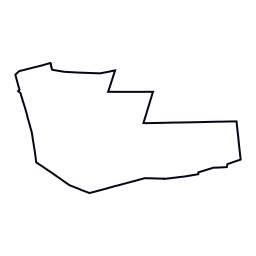 the district of Mihailesti, Buzau, Romania
{"feature_id": "2599482B24828707257018", "entity_name": "Mihailesti", "entity_type": "district", "adm_level": 2, "iso_a3": "ROU", "parent_name": "Romania", "parent_adm1": "Buzau", "projection": "natural_earth1", "projection_center": [26.667, 44.925], "detail": "fine", "context": "isolated", "style": "outline", "palette": "ink", "viewbox_px": 256, "rotation_deg": 0, "n_neighbors": 0, "source": "geoboundaries", "source_scale": "gbopen_adm2", "svg_char_len": 2553}
<svg xmlns="http://www.w3.org/2000/svg" viewBox="0 0 256 256"><path d="M164.0,178.9L165.0,178.8L165.3,178.8L166.7,178.6L168.6,178.4L171.9,178.0L177.0,177.4L182.8,176.7L185.4,176.4L190.0,175.6L194.1,174.9L194.7,174.8L198.3,174.2L198.3,172.4L213.4,167.7L217.6,167.6L226.8,167.1L227.5,164.1L230.1,163.2L232.3,162.4L236.1,161.1L240.6,159.6L240.6,159.4L239.8,152.0L239.2,146.6L238.6,140.7L238.1,135.7L237.3,128.6L236.9,125.0L236.6,121.9L236.5,121.4L228.4,121.5L220.4,121.7L216.6,121.7L201.0,122.1L186.7,122.4L171.4,122.6L171.0,122.7L168.2,122.7L155.3,123.0L155.0,122.9L153.9,123.0L150.8,123.1L147.8,123.1L145.2,123.1L143.5,123.0L145.6,116.0L146.2,114.3L146.9,111.7L147.3,110.4L147.8,108.7L148.5,106.6L150.1,101.2L151.3,97.4L151.5,96.6L152.1,94.7L152.4,93.6L152.8,92.3L153.0,91.8L152.0,91.8L131.8,91.9L127.6,91.9L123.5,91.9L121.8,91.9L108.1,91.8L109.0,89.2L111.5,81.5L115.1,70.4L111.4,71.1L109.4,71.6L103.1,72.8L101.9,73.0L99.7,73.4L98.4,73.3L84.4,72.8L74.5,72.4L73.7,72.3L71.2,72.2L66.0,71.9L64.5,71.8L63.1,71.6L52.2,69.8L52.1,69.3L51.8,68.6L51.7,68.2L51.4,67.7L51.5,67.2L51.5,66.5L51.1,66.1L51.0,65.7L50.9,65.5L50.8,64.8L51.0,64.4L51.0,64.0L50.8,63.5L50.3,63.0L49.9,63.1L49.6,63.2L49.3,63.3L48.9,63.4L48.6,63.5L44.8,64.6L43.6,64.9L43.2,65.1L42.7,65.2L42.5,65.3L41.7,65.5L40.7,65.7L39.3,66.1L38.8,66.2L37.6,66.5L36.5,66.8L36.2,66.9L35.7,67.0L34.4,67.3L34.0,67.4L33.2,67.6L31.9,67.9L30.6,68.3L29.3,68.6L28.8,68.7L26.2,69.4L24.1,69.9L23.9,70.0L23.0,70.2L22.0,70.4L21.9,70.5L21.2,70.6L20.7,70.7L19.1,71.2L16.7,73.4L15.4,74.6L15.6,75.6L15.7,76.2L15.8,76.5L16.0,76.9L16.2,78.0L16.5,79.0L17.1,81.2L18.0,84.4L18.1,84.8L18.2,85.3L18.5,86.3L19.5,89.7L19.3,90.0L18.1,91.1L18.4,91.4L20.3,92.9L20.5,93.1L20.5,93.3L20.8,94.2L21.1,95.2L21.3,96.0L21.7,97.3L21.8,97.5L22.8,100.9L23.9,104.3L24.2,105.2L25.5,109.5L26.8,114.1L27.0,114.6L27.5,117.2L27.5,117.3L27.7,117.9L29.7,124.9L30.1,126.4L30.1,126.6L30.7,128.5L31.9,132.9L32.3,135.5L32.4,136.2L33.2,141.6L33.3,142.1L34.2,147.8L34.6,150.2L34.7,150.7L35.0,153.0L35.4,155.9L35.6,157.1L35.7,158.1L35.8,158.9L35.9,159.4L36.0,160.9L36.2,162.1L36.2,162.4L36.3,162.5L36.5,162.6L38.5,163.9L38.6,164.0L42.2,166.3L44.5,167.9L48.0,170.3L51.1,172.3L61.2,179.4L66.0,182.8L66.7,183.2L67.9,184.1L69.7,185.3L73.1,186.6L73.6,186.8L74.6,187.2L78.2,188.6L81.8,190.2L83.9,190.9L89.3,193.0L91.2,192.6L93.1,192.1L96.2,191.3L104.8,189.0L114.3,186.3L119.6,185.0L123.1,184.0L129.9,182.2L132.9,181.4L137.0,180.3L144.7,178.2L145.9,178.2L160.8,178.6L162.3,178.6L163.2,178.6L164.0,178.6L164.0,178.9Z" fill="none" stroke="#020617" stroke-width="2"/></svg>